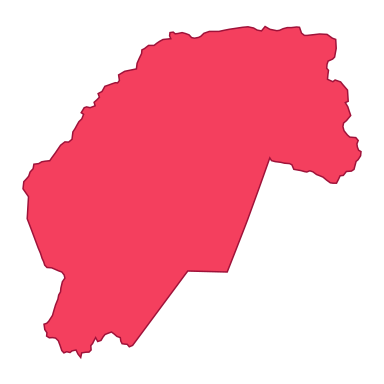 outline of Aurora, Ceará, Brazil
{"feature_id": "56859067B28878883208689", "entity_name": "Aurora", "entity_type": "district", "adm_level": 2, "iso_a3": "BRA", "parent_name": "Brazil", "parent_adm1": "Ceará", "projection": "equal_earth", "projection_center": [-38.966, -7.009], "detail": "fine", "context": "isolated", "style": "filled", "palette": "rose", "viewbox_px": 384, "rotation_deg": 0, "n_neighbors": 0, "source": "geoboundaries", "source_scale": "gbopen_adm2", "svg_char_len": 2728}
<svg xmlns="http://www.w3.org/2000/svg" viewBox="0 0 384 384"><path d="M269.9,29.3L265.1,26.5L261.5,30.9L257.2,30.1L253.6,28.0L248.0,26.8L242.5,27.3L229.2,29.3L224.1,30.3L219.0,31.4L209.4,31.4L203.9,33.3L200.8,36.3L198.6,37.4L194.5,38.2L191.6,37.6L189.0,34.8L185.4,33.5L182.1,32.6L177.9,33.5L175.2,33.8L173.2,32.1L170.0,32.6L169.6,35.8L170.8,38.7L163.0,39.5L159.5,41.4L156.7,43.3L154.1,45.4L148.6,45.4L144.3,48.7L141.9,49.9L141.6,53.5L139.1,58.7L137.1,63.3L136.4,68.9L124.7,71.3L118.6,74.9L119.4,80.5L117.6,82.9L115.3,82.7L112.0,83.8L107.9,85.3L104.9,86.3L102.0,91.5L98.1,93.6L99.4,97.2L97.0,99.7L94.1,102.3L95.1,105.8L90.1,107.7L86.6,106.9L84.2,107.7L81.2,112.7L83.6,114.3L81.8,118.9L78.9,121.7L76.8,125.4L75.0,128.7L72.9,131.9L72.0,139.3L68.6,142.1L64.9,141.9L60.6,145.2L55.3,153.0L51.7,157.9L49.8,160.7L45.1,161.2L41.7,161.8L38.7,163.6L33.9,164.2L33.1,168.7L30.1,172.0L28.7,176.2L26.6,178.7L23.8,181.7L23.0,188.8L26.9,194.4L28.5,196.7L27.5,214.0L27.2,218.7L31.3,229.4L38.2,247.9L40.5,253.3L42.1,258.4L43.7,261.8L44.7,265.1L47.0,267.5L51.6,267.8L55.1,269.3L58.5,270.8L61.8,272.0L64.1,274.9L64.9,278.1L62.4,281.7L60.9,288.0L60.5,291.9L58.7,295.0L57.9,299.2L55.6,304.8L54.0,310.1L52.5,315.4L50.3,318.8L48.7,321.3L46.7,323.3L44.0,324.2L44.8,329.6L46.9,332.7L46.6,336.1L49.3,337.8L52.6,337.6L55.6,338.1L58.3,340.7L60.1,345.5L61.8,350.6L63.9,352.9L66.7,351.7L70.0,352.5L72.0,350.9L76.0,350.0L78.0,354.1L80.7,357.5L81.7,352.9L85.9,352.2L89.0,352.1L91.1,350.0L90.8,345.6L92.6,343.5L93.9,340.8L95.6,337.6L97.7,341.5L101.0,340.4L103.1,336.9L105.0,334.5L107.7,333.4L111.5,332.0L114.3,334.1L116.9,336.4L120.3,337.6L120.8,341.1L122.1,343.7L124.6,344.1L127.2,344.3L129.3,346.8L132.6,345.4L185.0,274.7L187.8,271.0L227.2,272.0L235.7,250.4L244.6,227.5L247.4,220.2L258.2,190.5L263.2,176.5L269.8,157.9L271.5,160.6L275.1,161.6L280.7,162.3L284.5,163.2L289.6,163.6L291.9,164.8L293.8,169.3L301.0,170.6L304.5,171.6L306.8,172.0L309.8,170.8L312.9,171.8L316.5,174.5L320.4,176.0L323.0,177.1L326.6,180.1L330.3,182.8L333.1,183.2L336.5,183.2L338.6,179.1L340.1,175.8L343.3,175.4L346.4,171.5L351.4,171.1L354.0,169.4L356.1,161.4L358.1,159.7L360.6,155.8L361.0,151.6L358.6,150.2L357.4,147.1L356.9,143.9L358.2,140.5L355.8,137.6L349.8,137.1L347.4,135.0L344.0,130.7L342.9,126.6L343.6,123.0L346.5,120.6L348.7,117.9L350.7,115.5L349.2,111.1L347.8,106.8L345.3,102.6L348.2,101.3L347.5,90.1L342.6,84.4L340.6,81.9L335.1,80.0L332.9,81.7L327.5,79.3L327.9,74.7L328.5,70.3L326.7,68.3L327.0,64.4L328.1,61.1L332.6,59.1L334.6,57.1L336.2,48.4L335.9,42.7L335.7,39.4L332.4,38.2L327.1,34.4L319.6,34.0L307.2,35.4L304.4,35.4L301.5,33.1L299.5,27.3L296.7,27.0L291.3,27.6L287.3,27.6L283.1,28.7L279.6,30.3L276.8,30.7L269.9,29.3Z" fill="#f43f5e" stroke="#9f1239" stroke-width="1.5"/></svg>